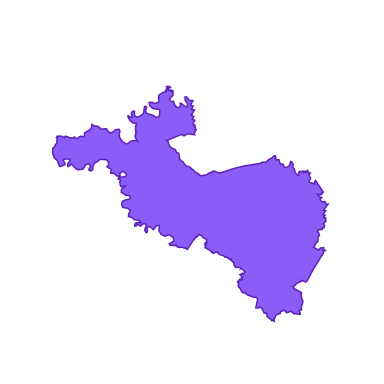 Isla, Veracruz, Mexico, rotated 292°
{"feature_id": "50627088B66667085397963", "entity_name": "Isla", "entity_type": "district", "adm_level": 2, "iso_a3": "MEX", "parent_name": "Mexico", "parent_adm1": "Veracruz", "projection": "natural_earth1", "projection_center": [-95.557, 18.123], "detail": "fine", "context": "isolated", "style": "filled", "palette": "violet", "viewbox_px": 384, "rotation_deg": 292, "n_neighbors": 0, "source": "geoboundaries", "source_scale": "gbopen_adm2", "svg_char_len": 6109}
<svg xmlns="http://www.w3.org/2000/svg" viewBox="0 0 384 384"><g transform="rotate(292 192 192)"><path d="M280.7,129.3L280.1,128.8L279.4,130.0L276.2,129.4L275.4,130.4L273.3,127.7L269.5,125.1L267.0,125.5L264.0,127.5L262.7,127.3L260.3,124.6L260.2,121.7L259.3,119.0L258.6,118.7L256.4,120.5L255.0,123.4L255.0,126.3L256.1,129.9L255.9,131.5L251.2,133.1L249.2,132.9L248.2,131.6L247.9,129.8L248.6,126.8L247.9,121.6L248.3,120.1L250.2,118.4L253.7,118.1L254.2,117.0L253.4,116.1L252.6,116.1L246.8,117.7L244.8,116.8L241.4,114.0L240.8,112.2L241.2,110.6L242.6,109.4L245.3,108.5L245.2,107.5L244.2,106.5L242.0,106.2L239.2,108.6L238.6,108.3L238.3,106.6L238.8,105.4L238.7,104.1L237.9,104.3L234.9,107.9L234.0,111.6L234.6,114.6L234.2,115.0L230.9,115.3L225.9,117.8L221.8,118.4L218.8,122.6L218.8,121.0L217.4,117.8L215.6,115.9L213.0,114.6L212.0,112.7L212.5,109.0L215.3,104.6L217.8,103.1L221.4,102.4L222.8,100.9L221.1,97.8L217.3,95.8L216.3,94.2L216.5,91.7L218.5,89.3L218.0,87.2L216.2,84.6L217.7,80.3L216.7,76.5L217.2,73.9L213.7,74.7L211.9,74.4L206.8,70.3L202.8,71.3L201.9,67.6L198.4,65.3L198.2,63.6L199.1,62.6L197.4,61.4L196.5,58.5L196.5,54.4L196.2,53.5L194.5,53.2L195.0,50.3L193.2,46.0L192.0,45.9L192.4,46.8L190.6,46.9L186.6,48.5L185.2,47.7L181.6,47.4L180.4,46.5L176.1,48.0L171.8,51.8L170.9,55.0L166.3,59.4L166.3,60.5L169.7,63.9L171.0,63.5L172.9,60.8L174.0,61.0L175.6,63.0L176.7,66.7L175.9,67.3L172.3,66.2L169.2,67.1L169.8,68.2L172.8,69.9L170.2,75.2L170.0,78.2L172.4,82.5L177.7,83.2L179.3,85.8L179.2,86.9L177.6,88.3L173.8,87.9L173.6,90.3L175.3,91.6L179.7,90.3L183.2,91.3L184.2,92.5L187.9,94.6L189.9,100.5L188.0,103.8L185.4,104.4L183.5,103.7L182.7,108.7L178.9,109.6L180.1,112.6L178.8,116.5L179.2,119.6L182.2,118.2L185.0,119.7L185.1,121.5L184.0,124.3L182.6,124.8L181.3,124.4L178.4,119.3L177.1,118.5L176.2,118.9L176.8,120.7L176.4,121.1L173.7,121.5L170.7,123.5L170.6,124.8L171.6,126.6L173.0,127.6L172.8,128.3L168.9,125.8L167.0,125.8L165.2,126.6L164.1,132.2L165.3,135.0L163.8,137.1L162.1,136.8L159.5,133.0L157.5,131.3L155.7,130.9L153.9,131.5L151.8,133.4L152.8,139.1L151.6,142.2L148.2,141.4L145.3,142.4L146.0,145.5L144.7,148.8L145.8,152.8L144.9,156.0L143.9,155.6L143.6,153.7L142.2,151.4L140.4,151.0L139.0,151.9L139.3,152.8L141.5,153.3L141.1,157.1L144.3,158.7L144.9,160.8L144.2,162.4L141.5,162.1L138.6,162.6L137.1,164.6L138.4,165.6L140.9,164.1L142.8,164.1L143.6,165.0L144.0,166.8L142.5,170.3L147.4,171.8L148.8,173.6L148.0,174.5L143.6,175.9L141.2,179.3L140.8,183.4L143.3,186.3L143.7,187.7L142.6,191.9L139.8,193.5L135.4,190.3L134.2,191.9L135.4,194.0L135.7,196.2L136.8,197.2L135.5,199.0L135.9,201.2L137.3,203.9L137.0,205.6L137.5,206.5L137.0,209.2L148.5,211.4L148.7,211.0L148.7,211.9L152.0,212.5L151.9,213.4L155.6,214.2L155.7,214.6L155.0,215.2L155.1,217.7L153.8,219.4L153.4,223.4L150.9,224.0L150.8,224.9L150.2,224.1L149.8,224.7L149.3,223.3L148.5,224.0L147.6,223.6L147.4,225.1L145.3,224.9L144.3,232.7L143.5,232.6L143.2,235.1L144.9,236.4L146.0,238.6L145.1,239.1L144.3,240.9L144.8,245.2L143.8,247.0L145.0,248.5L144.5,248.7L143.9,251.1L143.5,253.3L144.1,253.6L143.4,253.8L142.3,256.3L142.4,257.1L139.9,258.4L138.3,260.9L139.0,261.6L139.9,264.4L139.7,265.7L138.9,265.8L139.7,266.3L137.8,271.0L135.2,270.5L135.6,269.2L133.2,267.4L132.1,270.9L130.8,270.3L130.5,269.2L130.5,271.0L128.7,270.7L128.8,268.8L126.2,268.6L126.5,268.1L125.7,267.8L124.9,269.3L122.5,269.9L121.2,271.0L120.7,272.8L118.8,274.6L117.5,277.2L118.5,278.7L117.3,281.7L117.5,288.2L118.5,291.3L117.3,293.0L108.5,294.5L109.2,296.9L110.8,297.9L110.9,298.6L109.4,301.5L106.8,304.1L107.4,306.4L104.5,308.6L103.4,312.6L102.5,314.0L103.4,315.2L102.5,317.3L104.0,315.8L109.6,316.1L112.5,319.3L113.0,318.8L114.2,319.1L116.9,321.5L115.5,325.2L117.1,326.7L118.4,328.8L117.2,332.4L117.9,333.4L119.0,338.1L120.6,337.4L122.0,335.8L124.0,337.7L125.3,336.6L132.0,335.9L134.7,333.3L138.2,331.5L139.4,331.6L140.0,330.2L140.6,323.3L142.3,321.0L144.1,322.6L146.4,323.2L149.9,326.6L151.2,326.6L151.1,331.1L152.4,332.0L165.9,333.4L184.6,336.7L186.3,336.1L187.1,336.9L187.3,335.9L187.8,337.0L188.1,335.4L189.8,334.9L188.1,332.0L185.7,331.2L186.3,325.5L191.1,326.1L193.4,327.3L197.4,325.7L199.4,326.5L201.8,324.6L202.2,323.1L203.9,323.4L205.4,325.0L205.8,326.6L207.9,326.6L208.3,327.8L210.4,327.6L211.9,325.7L214.4,327.0L215.9,326.8L216.7,325.6L217.9,325.8L217.9,323.6L220.3,324.2L220.1,322.0L224.8,323.0L224.4,320.7L231.5,322.6L230.7,321.6L232.9,318.7L232.1,317.4L231.9,315.1L233.0,313.3L235.4,314.4L235.3,311.8L236.9,309.4L237.9,312.8L238.7,312.3L239.3,313.4L239.9,312.9L241.0,313.8L249.0,302.3L247.4,301.8L245.4,302.7L244.9,297.1L245.6,296.5L249.3,296.8L251.8,293.8L253.8,294.6L254.1,290.7L254.8,291.6L255.4,291.0L253.7,290.3L253.5,288.7L253.4,290.1L252.8,290.1L252.8,288.3L252.0,288.3L251.8,287.7L253.1,287.6L251.1,283.8L249.5,283.6L248.6,284.4L247.1,284.6L247.6,282.2L249.4,279.7L251.5,278.4L253.1,276.0L255.3,275.6L257.3,273.3L257.3,271.9L253.6,272.5L251.8,271.8L250.1,270.4L249.6,268.7L250.4,267.1L251.8,266.4L251.3,263.0L254.6,260.4L253.2,258.1L253.9,257.8L253.9,256.8L255.5,256.8L255.6,256.1L256.8,255.7L255.6,254.0L253.1,253.2L251.3,251.3L247.2,249.3L245.8,245.8L244.3,244.9L235.8,230.8L229.3,221.8L220.7,211.6L219.7,209.5L219.7,204.8L219.2,203.7L218.3,202.9L217.3,203.1L216.5,201.1L213.0,198.8L212.2,196.8L210.7,195.1L210.5,193.0L211.7,190.0L211.1,188.9L212.8,185.3L214.4,179.9L214.0,176.7L216.6,172.0L216.9,170.0L218.7,167.7L222.9,165.2L222.9,162.7L224.9,161.0L225.3,156.2L226.2,154.0L230.0,150.6L230.3,149.3L241.0,160.3L241.4,161.1L241.0,163.5L244.3,166.1L246.1,173.1L247.4,172.0L251.5,172.5L251.2,171.2L253.2,170.9L253.3,169.8L255.0,170.0L255.3,167.2L259.5,167.7L259.5,165.0L262.6,165.4L262.9,162.6L269.0,163.5L268.4,160.5L272.1,160.9L272.2,158.1L277.1,158.7L276.2,156.8L276.1,155.0L278.2,151.3L277.5,149.9L274.6,151.2L272.0,154.9L269.9,155.7L269.0,155.0L268.7,153.4L269.9,149.9L269.9,147.9L267.0,149.2L265.7,148.4L264.9,146.1L266.3,143.2L269.3,140.7L267.9,138.8L268.3,137.9L270.2,136.2L274.4,138.2L277.4,137.1L277.8,136.3L277.0,133.7L278.6,136.0L278.8,134.6L277.4,131.7L279.5,131.2L280.8,133.0L281.5,131.6L280.4,130.0L280.7,129.3Z" fill="#8b5cf6" stroke="#5b21b6" stroke-width="1.5"/></g></svg>